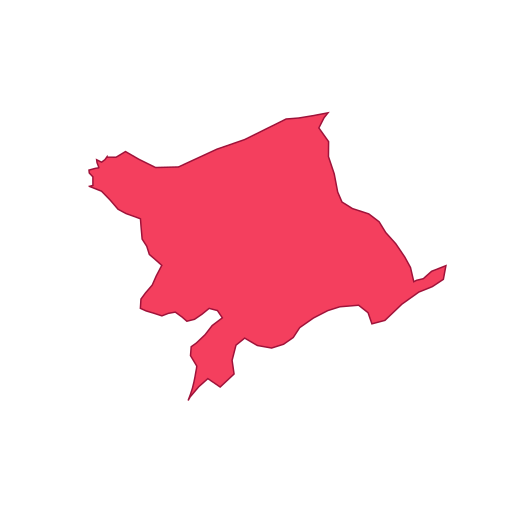 Xylotymvou, Cyprus, rotated 108°
{"feature_id": "46923920B99572561458404", "entity_name": "Xylotymvou", "entity_type": "district", "adm_level": 2, "iso_a3": "CYP", "parent_name": "Cyprus", "parent_adm1": "", "projection": "robinson", "projection_center": [33.75, 35.02], "detail": "fine", "context": "isolated", "style": "filled", "palette": "rose", "viewbox_px": 512, "rotation_deg": 108, "n_neighbors": 0, "source": "geoboundaries", "source_scale": "gbopen_adm2", "svg_char_len": 1516}
<svg xmlns="http://www.w3.org/2000/svg" viewBox="0 0 512 512"><g transform="rotate(108 256 256)"><path d="M220.3,70.6L206.5,72.4L216.3,84.3L220.6,86.8L225.9,89.9L229.5,95.8L231.7,98.0L219.2,105.5L211.0,114.2L201.2,126.8L193.6,139.9L185.4,149.5L181.1,161.8L181.1,178.9L178.1,190.9L169.9,198.1L153.7,207.0L139.1,217.8L124.8,222.3L114.8,235.8L103.5,234.0L97.6,231.8L105.2,245.7L111.6,258.1L116.4,269.7L148.8,302.8L166.4,326.1L195.3,357.3L202.9,378.9L200.2,397.3L197.0,412.4L205.3,419.6L208.0,428.0L207.5,428.3L211.2,429.5L214.5,431.9L213.7,437.3L216.4,436.0L220.2,432.9L220.8,432.9L222.3,435.9L225.9,441.4L228.6,440.2L231.1,435.6L239.3,432.9L241.2,435.9L241.3,435.7L242.1,422.9L247.8,412.1L254.2,401.6L255.8,392.7L256.3,377.4L263.6,374.4L275.1,369.5L280.5,362.9L287.5,357.9L289.4,353.3L294.0,342.7L305.8,344.7L315.7,345.7L325.3,349.7L332.5,352.1L341.5,349.8L342.2,343.5L342.0,335.9L342.0,327.0L337.6,321.6L334.3,315.4L336.9,307.4L339.4,301.6L335.2,294.9L328.1,289.4L320.3,284.4L319.8,275.8L325.2,268.9L335.7,276.2L346.6,280.1L357.3,285.9L362.3,289.6L371.0,287.5L376.2,281.5L379.0,278.3L381.6,277.8L385.5,277.3L389.6,276.7L394.8,276.1L401.4,275.6L408.2,275.6L414.4,275.9L410.4,275.1L397.9,270.0L387.5,263.9L391.7,249.6L375.0,240.4L362.6,246.5L347.0,247.5L337.6,241.4L340.7,227.1L338.7,212.7L331.4,202.5L322.0,195.4L310.6,192.3L297.1,182.1L285.7,170.8L278.4,160.6L271.1,143.2L275.3,131.9L284.7,124.8L277.4,113.5L256.6,102.3L240.0,90.0L230.6,78.8L220.3,70.6Z" fill="#f43f5e" stroke="#9f1239" stroke-width="1.5"/></g></svg>